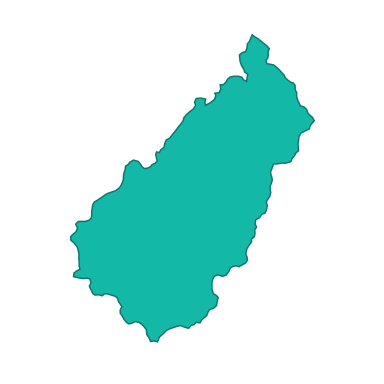 Carmo do Cajuru, Minas Gerais, Brazil (orthographic projection), rotated 74°
{"feature_id": "56859067B72173445763678", "entity_name": "Carmo do Cajuru", "entity_type": "district", "adm_level": 2, "iso_a3": "BRA", "parent_name": "Brazil", "parent_adm1": "Minas Gerais", "projection": "orthographic", "projection_center": [-44.71, -20.195], "detail": "fine", "context": "isolated", "style": "filled", "palette": "teal", "viewbox_px": 384, "rotation_deg": 74, "n_neighbors": 0, "source": "geoboundaries", "source_scale": "gbopen_adm2", "svg_char_len": 3268}
<svg xmlns="http://www.w3.org/2000/svg" viewBox="0 0 384 384"><g transform="rotate(74 192 192)"><path d="M185.6,83.7L183.0,81.3L181.8,78.2L178.5,77.6L174.8,76.8L171.2,75.1L168.4,74.0L165.5,71.1L164.5,66.4L163.7,61.7L161.1,60.4L159.4,58.2L157.2,54.8L153.4,55.7L150.6,57.5L148.3,58.8L144.2,59.1L141.1,60.9L139.1,64.0L133.4,65.0L128.8,65.1L125.7,64.0L122.0,64.6L117.9,63.5L115.2,64.5L113.6,67.0L110.9,69.0L108.1,70.8L104.5,71.4L101.2,73.2L98.7,74.4L95.7,76.2L92.4,78.5L90.8,81.5L89.3,84.6L86.1,84.7L83.9,82.1L81.2,80.9L78.0,80.2L75.6,78.2L72.6,79.5L69.0,82.0L66.0,84.1L62.8,86.4L59.9,89.1L57.5,90.8L60.5,93.3L63.0,95.2L65.0,98.0L68.0,99.1L71.9,101.6L71.8,105.4L73.3,108.6L76.9,109.3L80.2,109.8L84.2,109.5L88.5,108.3L91.3,108.3L94.2,106.0L98.3,108.0L100.7,109.1L98.1,111.8L95.4,112.4L93.6,115.4L92.3,119.7L92.0,123.6L93.3,126.6L95.7,129.0L97.6,132.5L96.7,135.3L100.9,136.0L104.0,138.6L103.3,142.8L106.0,142.5L109.3,145.0L111.4,150.4L112.4,155.1L109.5,154.9L106.4,153.3L104.1,157.8L103.3,162.2L106.3,164.8L109.8,164.6L112.7,168.1L113.9,171.4L116.1,176.0L118.3,179.3L121.1,180.9L123.5,184.0L125.9,187.5L128.8,191.1L131.7,195.5L133.9,198.2L135.0,202.6L138.4,205.2L141.4,206.6L142.7,210.2L145.1,212.5L143.7,214.9L145.8,216.5L148.9,216.8L152.4,216.8L154.2,219.3L154.6,222.7L156.3,225.0L156.8,228.3L156.3,231.4L153.9,233.1L151.2,233.8L147.8,235.3L145.2,239.4L146.1,243.3L148.0,245.9L148.8,248.8L152.2,250.2L154.9,252.1L157.8,253.5L161.0,254.5L163.5,256.2L165.6,257.9L168.1,260.8L169.7,265.2L169.9,269.5L170.3,274.7L172.1,279.9L173.6,284.6L174.7,288.6L176.8,290.8L179.2,292.0L183.1,293.8L186.3,294.7L189.3,296.0L190.8,298.9L190.8,303.0L189.8,306.2L189.0,309.4L190.8,312.7L195.1,312.0L198.1,314.3L199.8,318.0L201.5,320.9L204.8,321.8L208.3,319.5L212.6,317.6L216.1,317.4L220.4,317.7L224.8,319.1L228.6,319.9L231.9,320.9L235.3,320.9L236.1,324.5L237.4,327.8L240.7,329.2L242.4,326.1L243.8,323.6L245.3,320.2L245.8,317.0L247.4,313.9L251.5,314.2L254.5,316.7L258.9,315.9L262.4,315.3L264.4,313.5L265.0,310.0L267.0,307.0L265.8,304.4L266.4,301.7L268.8,298.0L271.2,294.4L273.5,292.9L276.8,292.9L280.1,291.9L282.9,291.0L285.6,293.5L288.7,294.4L291.9,293.3L296.1,292.3L299.3,290.9L301.4,289.1L301.5,285.8L300.9,282.3L302.8,278.8L305.5,276.6L308.3,275.2L311.7,273.9L316.7,274.7L320.7,273.4L324.3,273.1L324.7,269.5L326.5,266.4L322.5,263.4L320.4,259.0L318.0,254.6L317.4,251.3L317.2,248.1L317.0,244.0L317.2,239.7L319.9,236.4L322.1,232.8L319.9,229.5L320.0,226.3L318.4,223.9L320.0,220.4L317.5,217.8L316.2,214.9L314.9,211.9L312.2,210.0L309.9,207.6L309.6,203.1L308.0,199.8L304.1,197.9L300.7,195.9L298.3,197.0L295.6,199.5L290.9,199.6L286.9,198.5L284.1,197.6L281.3,195.9L279.1,193.7L278.8,189.6L281.5,186.1L281.4,182.2L278.5,178.4L275.7,176.3L274.8,173.0L275.2,169.7L276.8,167.5L276.0,164.3L275.0,159.9L272.6,157.4L269.6,157.1L266.1,157.3L261.4,154.7L258.6,151.4L256.6,148.7L253.6,147.7L252.1,144.3L249.0,142.8L245.6,142.1L243.6,139.6L240.1,140.1L236.3,138.5L235.2,134.0L232.5,131.0L232.5,127.7L229.5,125.2L225.8,123.4L221.9,123.3L219.6,120.8L217.5,118.3L214.3,116.5L210.4,116.0L207.5,114.9L205.1,113.1L202.9,111.6L200.4,111.2L197.6,111.4L194.4,111.0L191.1,108.4L187.6,106.0L188.6,101.6L188.8,97.9L190.1,94.0L190.1,88.6L187.0,86.3L185.6,83.7Z" fill="#14b8a6" stroke="#0f766e" stroke-width="1.5"/></g></svg>